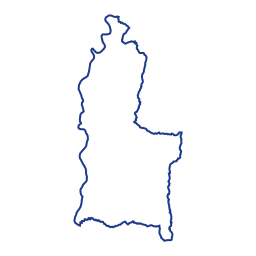 Guaduas, Cundinamarca, Colombia (orthographic projection)
{"feature_id": "7082276B20706046366755", "entity_name": "Guaduas", "entity_type": "district", "adm_level": 2, "iso_a3": "COL", "parent_name": "Colombia", "parent_adm1": "Cundinamarca", "projection": "orthographic", "projection_center": [-74.64, 5.204], "detail": "fine", "context": "isolated", "style": "outline", "palette": "blue", "viewbox_px": 256, "rotation_deg": 0, "n_neighbors": 0, "source": "geoboundaries", "source_scale": "gbopen_adm2", "svg_char_len": 5838}
<svg xmlns="http://www.w3.org/2000/svg" viewBox="0 0 256 256"><path d="M78.6,89.0L81.3,95.3L81.9,98.1L82.9,99.6L83.1,100.3L83.0,101.5L82.5,102.3L82.0,102.6L81.8,105.0L82.5,106.7L83.7,111.2L83.3,111.9L81.4,113.1L80.4,114.8L79.8,119.8L80.0,121.6L81.0,122.8L81.1,123.2L80.7,123.8L79.2,124.8L78.8,125.4L78.4,126.7L78.4,127.7L78.9,128.4L80.1,129.1L83.3,129.3L84.5,129.7L85.0,130.2L85.3,130.7L86.0,132.9L87.2,134.7L87.6,135.7L87.8,137.1L87.9,139.4L87.7,140.0L87.0,141.4L86.2,146.1L85.6,147.0L80.7,152.7L80.1,153.7L79.7,155.7L79.8,157.8L80.2,158.7L81.7,161.3L83.1,164.3L84.3,165.7L84.5,166.6L85.3,167.8L85.6,168.5L86.1,171.2L86.0,172.7L86.1,173.7L86.9,176.7L86.7,180.6L86.0,181.7L83.2,184.6L82.1,187.0L80.7,189.1L80.4,190.5L80.8,193.8L81.5,195.4L82.5,196.6L81.8,199.8L81.6,202.3L81.3,204.1L80.5,206.9L79.2,209.1L78.0,210.6L76.7,212.6L76.3,214.3L75.0,217.3L74.4,220.7L75.1,222.7L77.9,224.7L79.0,225.3L80.0,225.6L80.1,224.2L80.8,223.2L80.4,222.8L80.3,222.4L81.1,222.1L81.4,222.7L81.8,222.8L82.0,221.0L83.9,221.2L84.3,220.8L84.5,219.5L85.0,219.1L85.8,219.4L86.3,219.9L87.1,219.9L88.4,219.4L88.3,219.1L88.8,218.9L88.5,218.3L89.0,218.0L89.5,218.1L89.6,218.8L89.9,218.7L90.2,219.0L90.4,218.5L90.7,218.3L90.8,218.6L91.2,218.0L91.7,218.4L92.3,218.2L92.5,218.6L93.2,218.7L93.7,219.5L94.4,219.7L94.6,220.1L95.7,219.7L96.2,220.3L96.5,220.1L97.5,220.3L97.7,220.9L98.3,220.9L98.6,220.3L99.6,220.7L99.8,221.4L100.5,221.8L101.5,221.9L101.9,221.7L103.0,221.9L103.1,222.3L104.1,223.4L104.2,223.9L105.3,224.2L106.0,225.1L106.7,225.5L106.9,225.9L108.1,226.1L108.6,225.9L109.0,226.4L109.5,226.5L110.3,227.2L112.1,226.7L112.6,227.0L113.4,227.2L114.2,226.6L114.9,226.5L115.2,226.1L117.8,225.6L119.1,224.7L120.5,224.6L122.4,222.8L124.9,221.6L125.8,222.2L126.2,222.9L127.8,224.4L128.3,224.3L128.9,223.4L129.8,222.9L131.2,222.5L133.0,221.3L133.6,221.5L133.4,222.1L134.0,222.7L134.3,222.5L134.8,222.8L135.7,222.9L137.5,223.8L137.9,223.6L137.7,223.3L138.5,223.3L139.1,223.7L140.4,223.4L141.0,223.9L141.8,223.9L142.7,224.4L145.9,225.1L146.9,226.1L147.8,226.4L149.2,225.7L151.7,225.2L153.4,226.2L154.7,226.2L155.0,226.5L155.9,226.6L156.7,226.2L158.0,226.3L159.2,225.7L159.4,225.7L159.4,226.9L159.9,228.8L159.5,230.5L159.4,232.9L160.0,234.7L160.9,236.2L161.2,237.8L162.0,238.3L162.7,239.3L163.5,239.7L164.0,240.6L166.1,240.5L167.4,240.1L170.0,240.2L171.3,240.0L171.7,239.6L171.8,237.5L172.1,237.1L172.4,234.7L172.3,233.7L171.6,232.3L170.6,231.3L169.4,229.3L169.8,229.2L170.0,228.7L169.4,227.4L170.1,226.5L170.9,226.1L171.2,225.4L171.1,223.6L171.4,222.9L170.9,223.0L170.8,221.9L170.9,220.3L171.4,219.0L171.2,217.6L171.4,217.0L170.7,213.4L169.7,212.6L169.9,211.8L170.3,211.6L170.4,210.8L169.6,209.9L169.8,209.1L169.4,208.2L169.2,206.6L169.3,205.6L168.7,204.1L168.6,202.6L168.3,202.0L168.3,200.9L169.0,199.8L168.7,199.1L168.1,198.6L167.4,196.2L167.7,195.8L168.0,194.3L168.2,194.1L169.1,194.0L169.4,191.4L168.8,189.1L168.3,188.5L168.1,187.5L168.2,186.4L169.4,185.1L169.1,184.2L169.5,183.5L169.1,182.4L168.4,181.4L168.8,181.0L169.7,178.6L169.7,177.4L168.9,173.5L169.7,173.4L170.0,173.0L169.9,171.3L169.6,170.6L169.4,168.3L170.0,165.4L170.6,164.0L172.8,162.7L173.5,161.6L176.5,161.2L177.0,160.1L177.8,159.4L177.9,158.6L178.4,158.7L179.3,158.4L180.1,157.7L180.2,155.0L180.6,154.2L180.5,153.7L180.9,152.6L181.1,150.9L180.0,149.5L179.7,147.5L180.2,146.5L180.4,145.2L181.1,144.0L181.4,143.1L181.2,140.9L181.5,139.3L180.9,138.3L180.6,135.9L181.5,133.7L181.6,132.5L179.4,132.4L178.8,132.9L178.5,133.8L177.9,134.3L176.7,135.0L175.7,135.3L174.0,135.1L173.4,134.3L172.2,133.6L171.6,133.6L171.2,134.5L170.7,134.6L168.7,134.1L167.6,134.3L166.7,133.7L164.6,134.0L163.5,133.4L160.3,133.7L159.9,133.6L159.0,132.5L158.4,132.8L157.3,133.7L156.8,133.7L155.7,133.2L154.7,133.8L153.2,133.6L151.2,132.8L149.8,131.9L149.3,131.4L148.4,131.3L147.6,130.6L146.9,130.4L146.4,129.2L145.7,128.7L143.5,128.0L142.5,128.1L142.0,127.8L140.0,127.4L139.4,125.8L137.3,124.4L136.4,123.2L134.7,122.6L134.3,122.1L134.2,121.8L135.2,121.3L136.2,120.0L135.7,119.1L136.3,118.1L136.7,117.7L136.6,117.0L136.2,116.4L135.6,114.7L134.9,113.7L134.8,113.2L135.7,112.1L136.7,111.9L137.2,111.3L137.3,110.6L138.9,107.8L138.6,107.2L139.1,106.5L139.1,105.7L139.5,105.0L140.1,104.4L139.8,103.1L140.3,102.8L140.3,102.0L139.2,101.3L139.3,99.0L138.1,97.9L137.7,95.3L138.1,94.7L138.8,91.9L139.7,90.7L140.1,89.2L140.8,88.4L141.0,87.1L141.5,86.6L141.2,85.9L141.3,84.8L142.9,81.8L142.5,79.6L142.1,78.3L141.9,75.9L142.2,75.4L142.3,74.2L143.5,72.5L143.9,71.4L144.0,69.6L144.6,68.1L144.6,66.9L145.2,65.4L145.3,62.6L146.2,60.4L146.5,57.2L145.7,55.5L144.9,55.1L144.3,54.6L144.1,53.6L143.6,53.0L143.2,52.9L140.0,53.1L139.3,52.5L137.6,49.5L136.8,48.7L136.8,47.5L137.4,45.6L136.3,44.3L136.4,43.6L135.9,43.5L136.2,43.3L136.0,43.0L136.1,42.7L135.9,42.6L135.7,42.8L135.1,42.4L135.0,42.0L134.4,42.0L134.5,41.5L133.1,41.9L131.5,41.3L131.0,41.4L130.1,41.9L127.9,42.5L126.1,43.4L124.9,43.6L124.6,43.5L123.8,42.5L122.7,42.1L122.5,41.7L122.1,41.4L122.3,40.8L122.0,40.2L122.0,39.8L122.6,38.6L122.7,37.1L123.4,34.9L124.0,33.9L124.6,33.8L125.3,33.3L126.5,31.7L126.9,30.8L128.1,29.3L128.5,28.4L129.2,27.9L128.4,26.9L124.6,23.8L123.1,23.7L122.3,22.8L121.1,22.7L120.9,22.4L120.6,22.7L120.2,22.0L118.7,21.7L118.6,19.5L118.1,18.4L118.7,17.1L117.9,16.9L118.1,15.9L117.6,16.5L115.9,17.0L113.9,16.7L111.7,15.7L110.0,15.4L108.9,15.5L108.2,15.9L106.0,17.4L105.7,17.9L105.3,19.0L105.5,20.8L108.4,24.0L109.7,26.2L110.6,30.0L110.6,31.4L110.2,33.0L109.9,33.5L108.0,34.2L106.8,34.4L102.8,34.4L102.4,34.7L101.7,35.7L101.5,36.3L101.7,37.7L102.8,42.1L104.4,44.5L105.0,46.2L104.7,47.5L104.1,48.5L101.6,51.2L99.9,52.5L98.3,52.9L97.2,52.9L95.8,52.2L92.8,48.7L92.2,48.7L91.5,49.5L91.3,50.4L91.5,51.4L93.1,53.8L94.0,55.7L94.1,57.8L93.7,58.8L91.3,61.5L90.3,63.2L89.0,71.5L87.7,75.8L86.8,76.7L82.5,79.4L80.7,81.4L79.0,85.2L78.6,89.0Z" fill="none" stroke="#1e3a8a" stroke-width="2"/></svg>